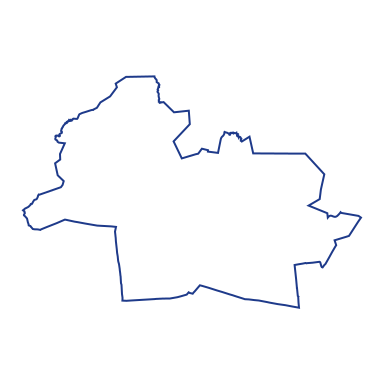 outline of Veclaicenes pag., Aluksne, Latvia
{"feature_id": "27541924B82346412171752", "entity_name": "Veclaicenes pag.", "entity_type": "district", "adm_level": 2, "iso_a3": "LVA", "parent_name": "Latvia", "parent_adm1": "Aluksne", "projection": "orthographic", "projection_center": [26.921, 57.59], "detail": "fine", "context": "isolated", "style": "outline", "palette": "blue", "viewbox_px": 384, "rotation_deg": 0, "n_neighbors": 0, "source": "geoboundaries", "source_scale": "gbopen_adm2", "svg_char_len": 5401}
<svg xmlns="http://www.w3.org/2000/svg" viewBox="0 0 384 384"><path d="M28.7,225.4L30.4,226.0L30.9,226.8L31.0,226.8L32.8,229.0L34.6,229.3L37.8,229.4L40.4,229.9L41.0,229.4L46.4,227.2L56.8,223.1L64.9,219.6L66.0,219.8L74.8,221.7L77.4,222.1L85.5,223.6L97.2,225.6L111.4,226.4L116.0,226.9L115.0,231.6L115.4,235.1L115.5,236.3L115.7,237.9L115.9,241.3L116.8,249.4L117.1,252.8L117.7,256.3L118.1,260.4L118.3,261.6L119.0,264.1L119.7,268.9L119.8,270.2L119.9,270.9L120.2,273.2L120.4,275.3L120.6,276.4L121.0,283.2L121.5,284.8L122.0,294.1L122.2,295.4L122.5,297.6L122.5,299.1L122.4,300.6L126.4,300.8L131.0,300.5L154.3,299.1L156.3,298.9L162.7,298.6L170.0,298.5L177.4,297.2L180.8,296.3L186.7,294.6L188.7,292.3L189.5,292.9L192.7,293.7L193.6,292.5L194.6,291.5L199.9,285.3L202.2,285.9L208.7,287.8L216.8,290.4L222.2,292.0L229.7,294.4L232.5,295.2L236.1,296.4L242.8,298.5L244.9,299.2L248.8,299.4L254.5,300.1L258.8,300.5L267.2,302.1L269.5,302.6L277.7,304.1L285.5,305.2L292.8,306.6L299.0,307.7L298.5,302.4L298.2,296.6L298.3,296.5L297.8,296.0L297.0,288.0L296.9,288.0L296.8,286.6L296.1,279.0L294.6,265.0L298.4,264.3L302.7,263.6L305.6,263.0L306.3,263.3L306.5,263.2L312.6,262.7L319.5,261.8L319.8,261.9L320.3,262.5L321.3,266.2L321.7,266.6L321.8,267.1L322.6,267.4L324.5,264.8L324.9,264.5L325.1,264.4L325.5,263.9L329.4,257.0L332.2,251.9L335.4,246.4L336.2,245.2L334.6,240.3L345.2,237.1L346.2,236.8L349.0,235.9L358.1,221.8L361.0,217.6L358.5,215.9L341.2,212.9L340.6,212.2L339.7,213.4L338.5,214.7L337.3,215.9L336.5,216.4L336.1,216.6L335.5,216.8L334.4,216.8L333.4,216.5L331.6,215.8L330.9,215.7L330.4,215.7L329.5,216.0L329.1,216.2L328.6,216.7L327.8,217.6L327.3,213.2L308.6,205.6L319.7,199.1L320.9,189.5L324.3,174.3L305.3,153.6L295.3,153.6L253.2,153.4L249.5,136.7L242.0,141.4L241.9,141.1L241.2,141.0L240.8,140.8L240.8,140.7L240.7,139.9L240.8,139.6L241.3,139.0L241.4,138.7L240.8,138.0L240.3,137.1L239.3,136.6L239.1,136.6L238.7,137.5L238.3,136.5L238.1,136.2L238.1,135.7L237.9,135.5L237.2,136.0L237.1,135.9L237.0,135.6L237.0,135.4L237.1,135.1L237.2,134.9L237.3,134.7L237.9,134.2L238.0,134.1L237.8,133.9L237.4,133.7L236.6,133.8L236.5,133.7L236.4,133.6L236.2,133.0L236.2,132.9L235.9,133.1L235.3,133.2L234.8,133.1L234.1,132.9L233.9,133.0L233.6,133.4L233.5,133.5L233.3,133.4L233.3,133.2L233.4,132.8L233.3,132.6L233.1,132.5L232.8,132.6L232.6,132.9L232.4,133.0L231.6,133.0L231.1,132.7L230.7,132.8L230.1,133.1L230.2,133.5L230.3,133.7L230.2,134.6L230.0,134.8L229.7,134.8L229.5,134.6L229.4,134.6L229.3,134.2L229.0,134.0L228.2,133.3L227.6,133.0L227.0,132.7L225.3,132.3L224.7,131.9L224.5,132.1L224.4,132.2L224.5,132.5L224.2,133.9L224.1,134.2L223.8,134.8L223.1,135.8L222.1,136.7L221.6,137.3L221.3,137.8L220.8,139.1L218.0,152.9L207.9,151.6L208.0,150.2L201.9,148.7L198.2,153.7L195.5,154.3L181.8,158.4L173.6,141.4L189.8,124.2L188.8,110.7L174.0,112.3L163.6,102.1L161.1,102.5L161.1,102.3L161.1,102.2L160.9,102.1L160.3,102.4L159.8,102.9L159.6,102.8L159.4,102.3L159.3,102.1L158.8,101.8L159.0,100.9L158.7,100.1L159.0,99.6L159.3,99.0L159.3,98.9L158.9,97.6L158.8,97.3L158.8,96.8L158.6,96.2L158.6,95.6L158.6,95.0L158.8,94.2L158.8,93.9L158.3,92.9L157.6,92.1L157.5,91.7L157.5,91.4L157.7,91.1L158.1,90.7L158.2,90.3L158.1,90.1L157.8,89.9L157.6,89.6L157.6,89.4L158.2,88.3L158.3,87.2L159.1,87.1L159.1,86.9L159.0,86.7L159.0,86.3L158.8,85.8L158.8,85.4L158.9,85.2L159.3,85.2L159.4,84.8L159.2,84.6L158.9,84.3L158.8,83.7L158.6,83.3L158.2,83.1L157.9,82.9L157.7,82.7L157.3,82.5L156.7,82.1L156.7,81.8L156.7,81.5L156.6,80.7L156.7,80.4L156.6,80.0L156.3,79.5L155.3,78.5L155.0,78.0L154.7,77.1L154.5,76.9L154.1,76.8L154.0,76.7L154.1,76.4L126.0,76.9L115.7,83.6L116.9,87.3L110.1,96.4L100.4,102.4L96.9,107.8L93.1,109.7L93.1,109.9L91.8,110.0L90.7,110.3L85.4,112.0L82.4,112.9L81.0,113.5L79.7,114.1L79.2,114.5L77.6,118.3L77.1,118.9L76.5,118.9L74.0,118.7L73.3,118.7L73.1,118.8L73.1,119.0L72.6,119.6L72.3,119.8L72.2,120.0L71.9,120.2L71.6,120.7L70.9,120.5L70.6,120.4L70.5,120.2L70.5,119.9L70.2,120.0L69.8,120.2L69.7,120.0L69.4,120.2L69.6,120.5L69.4,120.7L69.8,120.9L69.8,121.0L69.3,121.0L69.1,120.8L69.1,121.1L68.7,121.2L68.3,121.3L68.0,121.2L67.9,121.4L67.7,121.6L67.7,121.9L67.5,122.0L67.3,122.1L67.1,121.9L66.8,121.9L66.8,122.0L66.8,122.5L66.9,122.8L66.8,123.0L66.7,123.0L66.4,123.0L65.6,123.2L65.3,123.1L65.1,123.3L65.1,123.5L65.3,123.8L64.5,124.4L64.4,124.6L63.3,125.8L63.2,126.1L63.0,126.8L62.6,127.1L62.2,127.7L62.1,128.3L61.6,128.8L61.6,129.0L61.6,129.3L61.2,130.3L61.1,131.0L61.2,131.3L61.6,131.4L61.7,131.5L61.9,131.8L61.9,132.3L61.8,132.8L61.6,133.1L60.5,133.5L59.9,133.9L59.3,134.5L59.4,134.8L59.9,135.6L59.9,135.8L59.8,136.1L59.5,136.3L59.1,136.4L57.4,135.6L57.0,135.5L56.2,135.6L56.1,135.9L55.7,135.9L55.4,136.2L55.4,136.4L55.7,136.7L55.8,137.0L55.3,138.6L55.4,139.4L55.6,139.6L56.1,139.9L57.2,140.5L57.3,140.7L57.4,141.5L57.6,141.8L58.8,142.6L64.8,143.3L60.0,154.0L60.2,159.5L55.1,163.3L57.7,175.3L63.7,181.1L62.6,184.9L60.9,187.2L39.4,194.7L38.8,194.5L38.6,194.8L38.3,195.2L38.1,195.6L37.9,196.1L37.9,196.6L37.8,196.8L37.0,198.6L36.7,199.0L35.9,199.5L34.7,199.8L34.3,200.0L34.1,200.2L33.5,201.1L32.9,202.1L32.1,203.7L31.9,203.9L31.1,203.9L30.8,204.0L30.6,204.3L30.6,204.7L30.3,205.0L28.8,206.5L28.0,207.1L25.0,208.6L24.0,209.5L23.0,210.3L23.2,210.5L24.4,211.3L24.5,211.4L24.4,212.1L24.8,212.8L24.8,213.1L24.8,213.3L24.0,214.6L23.9,214.9L23.9,215.1L24.0,215.4L24.9,216.1L27.0,218.5L27.3,219.7L27.9,222.4L28.5,224.0L28.7,225.4Z" fill="none" stroke="#1e3a8a" stroke-width="2"/></svg>